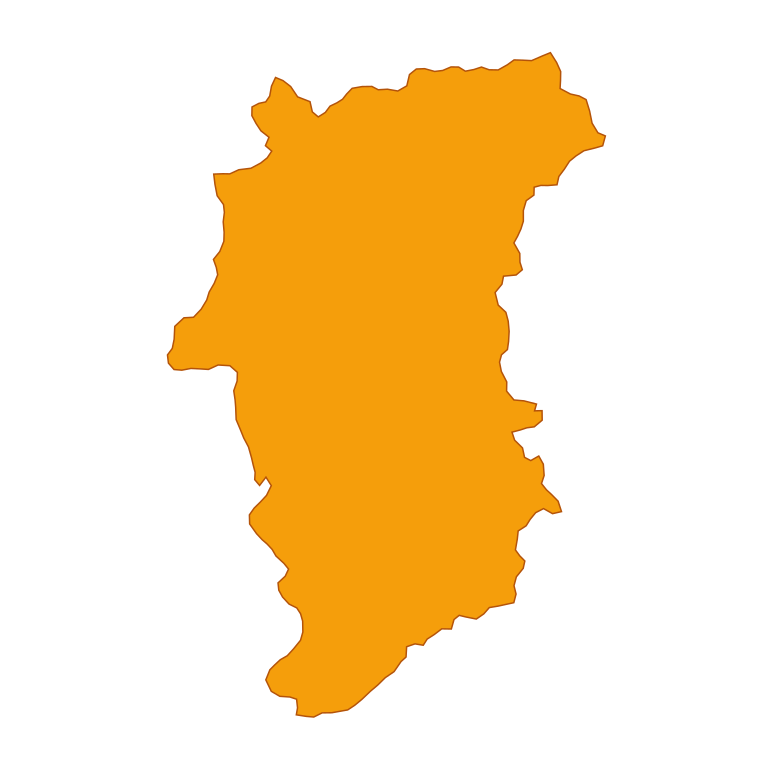 outline of Leandro Ferreira, Minas Gerais, Brazil, rotated 181°
{"feature_id": "56859067B40607892676374", "entity_name": "Leandro Ferreira", "entity_type": "district", "adm_level": 2, "iso_a3": "BRA", "parent_name": "Brazil", "parent_adm1": "Minas Gerais", "projection": "albers", "projection_center": [-45.043, -19.668], "detail": "fine", "context": "isolated", "style": "filled", "palette": "amber", "viewbox_px": 768, "rotation_deg": 181, "n_neighbors": 0, "source": "geoboundaries", "source_scale": "gbopen_adm2", "svg_char_len": 3127}
<svg xmlns="http://www.w3.org/2000/svg" viewBox="0 0 768 768"><g transform="rotate(181 384 384)"><path d="M223.4,718.2L231.1,714.9L242.1,709.9L251.4,710.2L259.6,710.3L266.3,705.3L275.3,700.0L284.3,700.0L292.1,702.6L299.6,700.0L308.1,698.2L314.9,702.2L322.5,702.2L330.8,698.5L338.8,697.4L348.9,700.0L357.2,699.5L363.9,693.9L366.4,682.5L375.3,677.2L385.7,678.8L394.9,678.1L401.3,681.3L411.1,681.0L421.0,679.1L426.4,673.3L430.4,668.0L436.0,664.3L442.8,660.9L447.4,654.5L454.4,649.9L460.4,654.8L462.9,665.0L475.4,669.6L482.5,679.8L490.3,685.6L497.8,688.6L501.7,679.8L503.3,669.9L507.2,664.0L514.0,662.4L520.8,658.7L520.8,650.0L516.5,642.3L511.5,635.0L503.3,628.7L506.7,620.2L500.3,614.9L504.7,608.1L511.1,602.8L520.8,597.4L532.9,595.7L541.9,591.4L548.7,591.4L557.9,590.9L556.5,580.7L554.1,569.3L547.6,560.6L546.6,552.8L547.6,543.3L546.5,532.9L546.6,523.9L550.5,513.6L556.7,505.6L553.7,497.6L552.2,490.3L555.5,481.7L560.4,472.9L562.7,464.9L568.1,455.6L575.6,447.4L585.2,446.7L594.2,438.0L594.6,425.1L596.3,415.9L601.0,409.3L599.9,401.1L594.2,394.8L586.4,394.3L577.3,396.2L568.0,395.9L559.8,395.5L550.2,400.1L538.4,399.6L530.8,393.1L530.9,384.4L534.1,374.6L532.6,365.4L531.9,358.2L531.2,345.8L526.9,336.1L523.3,327.6L518.4,318.7L515.1,307.7L513.4,300.9L511.3,293.4L511.6,286.1L506.6,280.4L500.4,288.8L494.9,280.4L499.5,270.6L505.6,263.8L511.6,257.7L516.3,250.8L515.9,241.7L508.8,232.1L503.1,226.2L498.0,221.9L492.9,216.6L489.0,210.1L481.0,203.0L476.2,197.3L479.4,190.1L486.5,183.3L485.6,176.0L481.7,169.2L475.1,162.3L467.3,158.6L463.4,152.8L461.2,145.5L460.8,134.6L463.0,126.3L469.8,117.6L476.0,110.6L482.9,106.5L488.4,101.2L493.1,96.3L497.0,86.1L491.3,74.7L482.7,69.9L472.6,69.4L465.9,67.3L464.8,58.7L465.9,51.7L455.9,50.3L448.4,49.8L440.1,54.1L430.4,54.4L422.3,56.0L414.6,57.5L407.5,62.4L400.4,68.5L392.4,76.4L384.9,83.0L377.5,90.5L368.9,96.6L362.1,106.8L357.2,111.4L356.8,121.7L348.5,124.7L340.2,123.5L336.4,129.7L329.1,134.6L322.0,140.2L312.4,140.2L309.9,149.7L304.8,154.0L298.1,152.5L287.6,150.6L280.2,155.9L274.8,162.3L266.1,163.9L258.1,165.8L250.4,167.6L248.3,176.3L250.5,184.6L248.3,193.5L241.6,202.1L240.1,209.5L245.4,214.7L249.7,220.4L248.0,231.4L247.3,239.4L239.4,244.7L235.5,251.2L230.1,258.0L222.3,262.2L213.2,257.3L204.3,259.5L207.9,269.9L214.3,276.2L219.8,281.1L224.8,287.2L222.3,295.3L223.3,306.6L228.0,314.7L235.9,310.0L242.2,313.1L244.4,322.5L252.4,330.1L255.2,338.1L247.0,340.4L240.4,342.7L233.0,343.8L225.2,350.6L225.5,360.1L233.0,359.8L231.2,366.6L243.8,369.6L253.8,370.3L261.3,379.0L261.3,388.2L266.9,398.6L268.9,407.9L267.0,415.3L261.2,420.6L260.2,428.5L259.8,438.8L260.9,449.0L263.4,457.8L271.2,464.9L274.5,477.4L267.8,485.9L266.4,493.9L253.8,495.3L247.7,500.7L250.2,508.2L250.5,516.9L256.6,527.3L253.0,534.1L249.8,541.4L247.5,549.2L247.7,559.9L245.0,569.8L237.4,575.5L237.3,583.4L230.6,585.3L223.8,585.3L214.5,586.2L212.8,594.5L207.4,602.0L202.4,610.0L196.0,615.4L188.2,620.7L177.0,623.7L169.5,626.0L167.0,635.9L174.5,638.9L180.5,648.4L183.2,660.6L186.9,671.9L193.9,675.4L202.7,677.2L213.1,682.5L212.8,690.5L212.8,699.5L217.0,708.4L223.4,718.2Z" fill="#f59e0b" stroke="#b45309" stroke-width="1.5"/></g></svg>